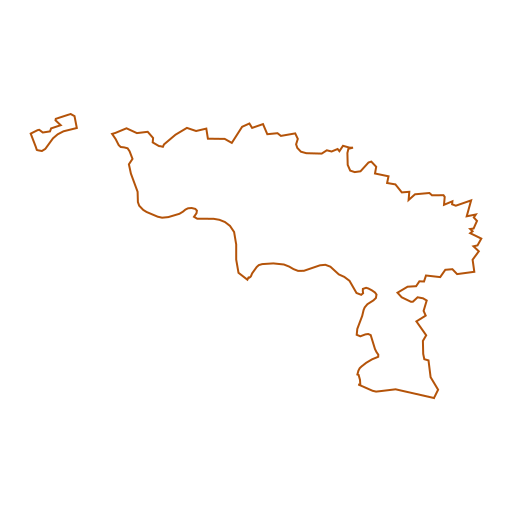 Hainaut, Equal Earth projection
{"feature_id": "BEL-2", "entity_name": "Hainaut", "entity_type": "Province", "adm_level": 1, "iso_a3": "BEL", "parent_name": "Belgium", "parent_adm1": "", "projection": "equal_earth", "projection_center": [3.881, 50.373], "detail": "fine", "context": "isolated", "style": "outline", "palette": "amber", "viewbox_px": 512, "rotation_deg": 0, "n_neighbors": 0, "source": "natural_earth", "source_scale": "10m", "svg_char_len": 2854}
<svg xmlns="http://www.w3.org/2000/svg" viewBox="0 0 512 512"><path d="M162.1,217.7L157.7,216.7L146.6,212.0L143.2,209.9L139.2,205.7L137.9,202.1L137.6,191.8L130.9,173.6L128.9,164.3L132.5,158.9L129.6,151.3L127.6,148.3L124.2,147.4L120.7,147.0L118.7,145.1L115.6,139.0L112.1,133.9L115.2,133.0L126.5,128.3L136.9,133.1L147.7,131.8L153.1,138.0L152.7,142.4L159.0,146.1L160.4,146.2L162.9,146.8L164.0,144.4L175.5,134.7L186.9,127.9L196.1,131.0L206.3,128.6L207.9,138.7L224.7,138.9L231.8,142.9L242.1,126.8L249.4,123.5L252.1,127.9L263.0,124.1L267.3,134.2L277.5,133.2L280.9,135.9L295.2,133.4L297.8,138.9L296.1,144.3L297.3,147.9L300.9,151.7L306.3,153.2L321.7,153.6L326.8,150.3L331.6,151.5L337.6,149.0L339.4,151.2L343.0,145.8L349.8,147.7L353.0,147.7L348.4,148.8L347.4,153.0L347.7,164.9L350.2,170.6L354.7,172.1L360.5,171.3L368.5,162.5L371.3,161.6L376.2,166.8L375.0,173.5L388.5,176.3L387.1,183.0L395.4,184.4L401.8,192.4L409.3,191.8L408.6,200.0L415.0,194.3L429.4,193.0L432.0,195.3L443.5,195.2L444.7,196.9L444.0,204.8L452.4,201.3L452.1,204.3L455.8,205.7L471.1,200.4L466.7,216.3L475.8,214.5L473.8,217.5L477.0,220.9L473.6,228.5L470.2,229.0L472.6,231.3L470.2,233.2L481.3,238.6L477.5,245.4L473.5,246.3L478.8,251.3L472.6,259.7L474.3,271.8L457.1,274.1L452.4,269.2L445.3,269.8L440.2,277.1L426.0,275.5L424.0,281.5L419.4,281.3L416.1,286.2L407.6,286.7L397.5,292.7L401.7,297.3L411.0,301.8L412.9,301.7L417.6,297.3L423.0,298.3L426.7,300.5L423.6,310.9L425.7,315.6L416.4,321.4L426.2,335.3L422.9,340.9L423.2,353.9L424.3,359.2L428.5,360.4L430.6,377.2L438.1,389.7L434.7,396.6L433.9,397.9L433.9,398.0L395.6,389.3L379.8,391.2L376.1,391.6L372.6,390.8L358.3,384.5L358.5,384.5L360.3,384.7L360.0,379.9L358.6,374.9L357.4,374.5L358.4,370.7L359.7,368.2L361.6,366.4L366.2,362.8L372.1,359.3L378.2,356.8L378.3,354.7L376.5,352.1L375.0,349.1L370.7,335.1L368.2,334.0L365.4,334.4L360.3,336.3L356.7,334.8L357.3,328.9L362.2,315.9L363.6,310.0L364.7,307.4L367.4,304.2L373.4,300.4L375.9,298.0L376.5,294.6L375.0,292.5L371.8,290.3L368.4,288.5L366.1,287.8L362.9,288.9L362.8,291.0L363.1,293.2L361.2,294.8L356.5,293.0L349.5,280.8L344.3,276.9L338.8,274.4L330.4,266.7L325.4,264.8L320.0,265.3L303.9,270.8L298.1,270.9L293.5,269.1L289.2,266.6L283.9,264.5L273.3,263.4L262.2,264.1L258.8,265.1L256.7,267.0L252.1,273.4L251.0,276.1L250.3,277.0L249.2,277.7L248.8,277.4L248.4,277.6L247.4,279.7L238.5,272.8L236.2,259.6L236.2,244.5L234.1,232.0L230.0,225.9L224.9,222.0L219.4,219.8L213.6,218.8L197.2,218.7L194.0,216.8L196.5,213.2L196.9,210.6L195.3,208.9L191.6,208.0L188.0,208.3L185.4,209.6L182.9,211.7L179.4,213.8L168.3,217.1L162.1,217.7ZM41.9,151.0L38.0,150.3L36.8,149.9L35.8,146.9L30.7,133.6L37.5,130.2L39.2,129.8L42.8,132.5L50.0,131.4L51.1,128.4L60.7,125.2L55.5,120.3L55.8,118.8L70.6,114.0L74.5,116.1L76.6,126.9L76.8,128.0L63.5,131.3L57.7,134.3L53.0,138.3L45.3,148.9L41.9,151.0Z" fill="none" stroke="#b45309" stroke-width="2"/></svg>